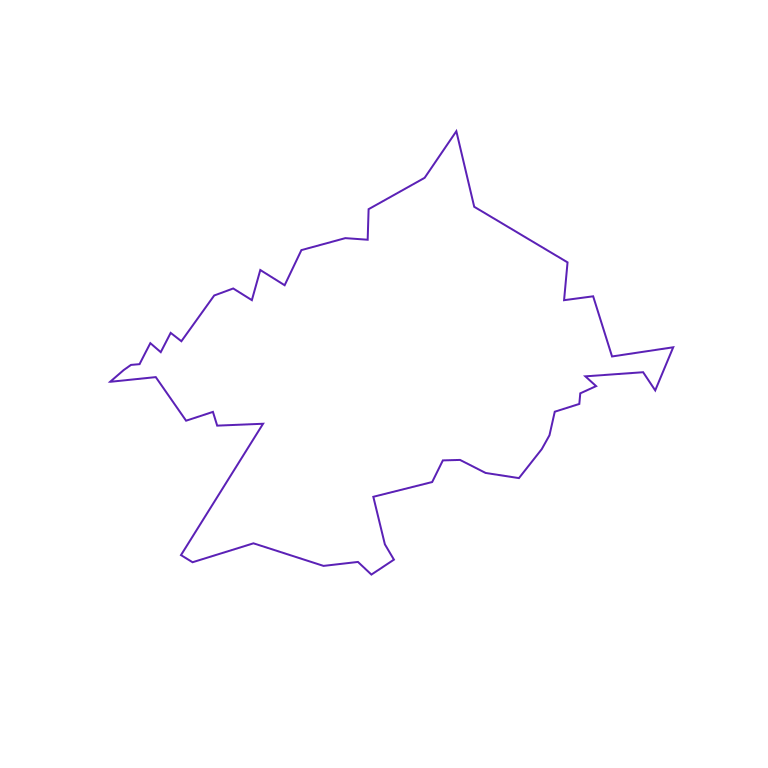 outline of Fier, Fier, Albania, rotated 122°
{"feature_id": "67620474B94080737422449", "entity_name": "Fier", "entity_type": "district", "adm_level": 2, "iso_a3": "ALB", "parent_name": "Albania", "parent_adm1": "Fier", "projection": "natural_earth1", "projection_center": [19.572, 40.718], "detail": "fine", "context": "isolated", "style": "outline", "palette": "violet", "viewbox_px": 768, "rotation_deg": 122, "n_neighbors": 0, "source": "geoboundaries", "source_scale": "gbopen_adm2", "svg_char_len": 862}
<svg xmlns="http://www.w3.org/2000/svg" viewBox="0 0 768 768"><g transform="rotate(122 384 384)"><path d="M245.7,150.6L199.6,158.2L239.8,205.2L198.8,253.1L217.5,275.7L183.6,292.8L185.9,401.4L131.3,456.6L187.6,458.8L243.9,489.7L270.3,474.3L280.8,494.1L314.2,525.0L352.9,520.6L352.9,549.3L382.9,540.5L382.9,562.5L398.9,574.9L455.1,578.5L453.7,592.0L475.3,590.2L473.2,603.8L481.7,603.1L481.9,603.1L494.8,602.0L496.7,601.8L501.9,608.7L510.0,612.1L527.2,617.4L527.1,617.2L499.1,581.2L520.0,532.4L498.3,514.3L507.7,503.4L481.8,465.5L636.7,465.5L636.6,451.9L588.3,410.3L570.3,338.9L548.7,311.8L552.3,293.7L527.7,282.5L519.5,298.3L485.3,333.3L441.6,291.2L417.6,293.6L408.1,279.3L405.6,250.7L392.3,219.7L355.6,215.7L339.8,216.5L317.0,224.5L297.4,207.8L287.9,212.6L273.4,203.0L270.8,217.3L236.7,170.5L245.7,150.6Z" fill="none" stroke="#5b21b6" stroke-width="2"/></g></svg>